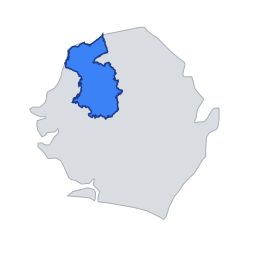 location of Bombali, Northern, Sierra Leone, rotated 349°
{"feature_id": "65957751B29483301504535", "entity_name": "Bombali", "entity_type": "district", "adm_level": 2, "iso_a3": "SLE", "parent_name": "Sierra Leone", "parent_adm1": "Northern", "projection": "orthographic", "projection_center": [-12.185, 9.331], "detail": "fine", "context": "in_parent", "style": "filled", "palette": "blue", "viewbox_px": 256, "rotation_deg": 349, "n_neighbors": 0, "source": "geoboundaries", "source_scale": "gbopen_adm2", "svg_char_len": 6918}
<svg xmlns="http://www.w3.org/2000/svg" viewBox="0 0 256 256"><g transform="rotate(349 128 128)"><path d="M221.0,125.7L220.9,127.6L219.1,136.6L216.4,144.3L214.6,146.2L206.7,148.3L203.4,151.7L200.5,162.6L198.7,171.2L196.0,172.6L184.4,185.1L176.9,189.8L171.6,193.8L166.6,199.1L160.3,204.2L153.6,212.9L148.7,221.9L145.5,224.7L143.0,222.1L131.4,213.3L119.3,207.4L93.4,197.5L84.7,194.7L85.0,191.2L88.0,184.8L83.2,177.2L85.1,171.8L83.2,171.7L79.5,175.0L71.6,174.1L66.4,169.4L62.1,167.6L60.3,165.3L57.5,152.8L55.6,147.2L51.6,143.7L43.7,142.8L40.5,135.2L36.1,129.4L36.8,125.7L40.4,126.0L43.2,128.6L47.7,129.7L53.3,123.3L58.4,119.9L59.5,116.9L58.9,115.2L55.9,117.8L47.5,117.1L45.5,119.4L41.7,120.2L38.9,112.7L39.0,108.3L40.2,103.5L48.6,102.7L49.3,101.2L43.5,100.1L36.2,94.5L35.0,90.6L38.6,89.3L42.0,89.9L45.0,90.7L48.3,89.4L51.3,87.2L53.1,84.5L55.6,77.3L63.5,74.8L68.2,70.4L72.6,63.5L74.6,58.6L76.4,56.2L77.6,54.1L78.4,51.8L80.4,49.7L82.5,44.5L83.9,39.8L88.4,37.6L97.7,35.6L106.0,39.0L119.5,36.1L120.3,31.7L132.6,31.6L147.3,31.5L159.5,31.4L163.7,32.5L165.3,35.8L169.3,40.9L173.5,44.5L178.7,52.3L184.8,61.3L191.4,69.5L195.6,73.9L196.1,75.5L195.8,77.3L193.8,81.4L192.0,85.9L192.2,87.6L193.5,88.5L200.3,89.9L201.0,94.9L201.0,101.8L204.4,108.3L207.5,113.1L207.4,114.8L199.7,123.0L196.7,131.1L195.2,133.4L194.5,135.2L196.1,136.0L198.2,135.5L201.2,136.1L204.1,136.4L207.9,133.4L214.2,126.0L216.3,125.1L221.0,125.7ZM82.2,191.6L81.3,193.2L77.2,189.2L55.8,183.1L61.9,179.9L76.7,179.0L81.1,180.9L83.1,182.4L83.8,185.4L82.2,191.6Z" fill="#d9dde1" stroke="#a8b0b8" stroke-width="1"/><path d="M95.0,110.7L95.4,110.5L95.6,110.2L95.8,109.1L96.0,108.7L96.5,108.8L96.7,109.5L97.1,109.8L97.6,109.3L97.9,109.3L98.3,109.4L98.4,109.6L98.0,110.0L98.0,111.1L97.6,111.3L97.6,111.9L98.2,111.7L98.5,111.4L98.6,110.9L98.6,110.1L98.8,109.6L99.6,110.9L99.9,111.2L100.9,111.6L101.2,111.6L101.2,111.1L101.6,110.7L101.9,110.7L102.1,111.1L102.5,111.1L103.6,109.9L104.0,110.2L104.9,111.5L105.3,112.0L106.4,112.3L107.0,113.1L107.7,114.8L108.1,114.8L108.4,114.2L109.0,114.1L109.8,113.6L110.3,113.7L110.1,113.0L110.3,112.3L110.9,112.2L111.1,112.4L111.0,112.9L111.1,113.4L111.6,113.1L112.1,113.0L112.3,113.1L112.3,113.7L112.5,113.8L113.1,113.2L113.3,113.3L113.3,113.6L113.7,113.6L114.2,113.8L114.5,113.7L114.8,113.2L114.9,112.7L115.1,112.2L117.7,110.8L118.2,110.4L119.9,109.4L120.2,109.5L120.4,109.1L120.8,109.2L121.2,108.5L121.8,108.2L121.7,107.5L122.1,107.6L122.2,107.3L122.3,107.1L122.0,106.5L122.1,106.0L121.9,104.6L122.0,104.2L122.0,103.6L122.2,102.8L122.0,102.5L122.5,102.1L122.8,101.4L123.0,101.3L123.0,101.1L123.0,100.2L122.7,99.7L122.6,98.8L122.9,97.2L122.6,97.1L122.8,96.7L122.3,96.6L122.2,96.2L121.8,95.5L122.3,95.4L122.8,95.5L123.2,94.9L122.8,94.5L123.2,94.1L124.0,93.7L124.6,94.0L124.8,93.8L125.4,93.1L125.1,92.6L125.6,92.5L125.8,92.7L125.7,92.1L125.8,92.0L126.4,92.8L127.2,93.0L127.3,92.5L127.9,92.4L128.1,91.8L128.4,91.8L128.4,91.3L128.8,91.1L129.1,91.2L129.2,90.3L129.5,90.2L129.4,89.9L128.0,89.2L127.3,89.1L126.4,88.6L126.1,88.1L126.2,87.5L126.0,87.1L125.1,87.0L124.6,86.2L124.8,84.5L125.0,84.0L125.6,83.6L126.0,83.1L125.8,82.1L126.4,81.3L126.8,81.1L127.3,80.6L127.4,79.3L127.1,79.4L126.9,79.2L125.9,79.2L125.6,79.5L125.2,79.4L124.9,79.2L124.7,78.7L124.6,77.9L124.0,78.1L123.8,77.5L123.2,77.4L123.2,77.1L123.8,77.0L124.1,77.2L124.9,77.1L124.2,74.5L124.4,73.9L126.7,72.1L126.5,71.6L126.0,71.2L125.6,71.2L126.4,68.9L124.6,66.8L124.5,66.3L124.6,65.8L123.7,65.6L123.3,64.8L123.0,64.9L122.6,64.6L122.2,63.3L122.6,62.7L122.5,62.4L122.7,62.2L122.9,62.2L123.0,62.0L122.4,61.3L122.1,61.2L121.8,61.8L121.6,61.6L121.9,60.1L121.3,59.9L120.1,60.1L119.8,60.0L118.9,60.2L118.3,60.6L117.9,60.4L117.5,61.1L117.2,61.2L117.0,61.7L117.3,61.7L117.2,62.1L116.9,62.1L116.7,62.8L114.9,61.4L113.7,60.0L113.4,59.8L113.0,59.4L112.7,59.3L112.5,59.5L111.7,59.7L111.4,59.5L111.2,59.6L111.0,58.7L111.1,58.2L110.5,57.6L110.4,57.8L109.5,57.4L109.2,57.5L109.2,57.8L108.6,57.6L108.2,57.3L108.0,57.5L107.7,57.3L107.3,57.5L107.0,57.3L106.8,57.4L106.7,57.0L106.4,56.9L107.7,56.1L108.0,55.7L107.8,55.3L108.1,54.6L109.3,53.5L111.5,52.7L112.1,52.2L112.6,52.5L112.9,52.5L113.2,52.1L112.9,51.9L113.1,51.7L113.5,52.1L114.4,52.0L114.5,51.7L114.4,51.3L114.8,51.3L115.2,51.1L116.0,51.1L116.2,50.7L117.9,50.3L119.5,50.2L120.1,49.7L120.2,50.0L120.5,49.9L120.6,50.1L122.0,49.9L122.1,49.4L122.6,49.1L122.3,47.5L122.4,45.6L122.1,45.2L122.3,44.9L121.9,44.1L121.8,43.2L121.9,42.8L121.7,42.4L121.8,42.1L121.5,41.6L121.6,39.8L121.9,38.6L121.6,38.3L121.2,38.4L120.8,38.2L120.6,37.7L120.6,37.3L121.0,37.2L121.1,36.8L121.4,36.5L121.0,36.0L121.2,35.6L120.4,34.7L120.4,33.8L120.6,33.6L121.1,31.7L121.1,31.3L119.9,33.0L119.0,33.2L117.4,33.9L116.2,35.0L115.1,35.2L114.8,35.5L114.0,35.6L111.8,37.0L110.7,37.4L110.2,37.4L109.6,38.0L108.4,38.4L107.1,39.4L106.8,39.0L106.4,39.3L106.5,39.0L106.1,39.1L105.8,38.9L105.9,39.3L105.5,39.1L105.3,38.7L104.9,38.8L104.7,38.4L104.6,38.6L104.4,38.6L104.3,38.3L104.1,38.2L103.9,38.4L103.2,38.0L102.6,37.4L102.2,37.5L101.5,36.9L101.3,35.6L97.4,36.7L96.2,37.5L95.3,38.3L93.8,38.8L93.4,38.8L92.3,37.8L90.5,37.7L88.8,37.8L85.4,40.0L85.1,40.3L84.3,40.9L84.0,41.5L84.4,41.8L84.6,41.6L84.7,41.9L84.6,43.0L84.3,42.9L84.1,43.0L84.0,43.4L84.1,43.9L83.5,44.9L83.5,45.7L82.9,46.6L83.4,46.5L83.7,47.1L83.4,47.3L82.5,47.2L82.3,47.7L82.9,49.0L82.9,49.4L82.7,49.6L82.1,49.2L82.3,48.7L82.1,48.4L81.8,48.6L81.8,49.0L80.9,49.5L80.1,49.7L80.0,50.0L80.0,51.0L79.5,51.8L79.5,52.7L78.9,52.1L78.7,52.2L78.5,52.5L78.9,54.0L78.5,55.6L78.6,56.3L79.0,56.7L79.0,57.1L80.2,57.5L80.9,57.4L81.6,58.5L83.0,59.1L83.8,59.7L86.0,61.6L88.7,63.0L89.0,63.4L89.1,65.0L90.1,66.2L90.2,66.8L89.8,67.6L90.1,68.0L90.6,67.9L91.3,68.0L91.7,68.3L92.0,68.8L91.6,70.3L92.2,71.6L91.8,71.8L91.4,71.8L91.2,71.3L90.8,71.0L90.4,71.3L89.9,72.6L89.3,73.0L89.5,74.1L90.7,74.9L90.9,75.4L90.7,75.8L89.9,75.9L89.5,75.7L89.1,75.0L88.7,74.8L88.6,74.1L88.3,74.1L88.1,74.5L88.2,75.9L87.7,76.6L87.8,77.6L88.7,76.9L89.3,77.1L90.0,78.0L90.0,78.5L90.2,79.3L89.5,80.2L89.1,81.5L89.1,81.9L89.6,82.4L88.5,83.2L87.7,84.1L87.5,84.9L87.0,85.1L86.9,85.6L87.0,86.0L87.0,86.5L86.6,86.8L86.5,87.1L86.1,87.2L85.9,87.4L85.7,87.4L85.5,86.8L86.0,86.4L86.2,86.2L85.4,85.2L83.8,86.8L83.7,86.9L84.0,87.0L84.7,87.8L84.4,88.3L84.6,88.7L84.5,88.8L84.0,88.8L83.8,89.1L83.3,88.4L82.8,88.1L82.6,88.2L82.4,88.7L81.5,89.4L81.2,89.4L81.0,89.0L81.6,88.4L81.2,88.1L80.9,88.1L80.7,88.5L80.0,88.9L80.0,89.2L80.3,89.1L80.1,90.1L79.5,90.3L79.4,90.7L78.8,91.4L78.6,92.0L78.3,92.3L78.9,92.6L81.1,92.2L81.0,93.3L81.2,93.8L81.5,93.8L82.1,92.8L83.0,92.2L83.6,93.2L84.0,94.9L84.1,96.7L84.6,97.2L85.8,97.7L85.8,98.3L86.4,99.0L86.7,98.9L86.9,99.2L87.2,99.1L87.9,97.7L88.3,98.1L89.3,97.9L89.7,98.4L90.1,98.3L90.5,99.1L90.5,99.6L90.9,99.9L91.9,99.5L92.9,99.8L93.6,100.7L93.7,102.2L94.3,102.8L95.0,104.1L95.2,104.8L94.6,106.2L94.0,106.7L93.6,106.7L92.7,106.4L91.9,106.9L91.9,107.9L92.1,108.5L93.3,109.5L94.0,110.3L95.0,110.7Z" fill="#3b82f6" stroke="#1e3a8a" stroke-width="1.5"/></g></svg>